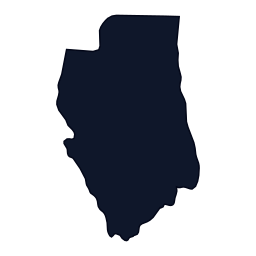 the Province of Bukidnon
{"feature_id": "PHL-2589", "entity_name": "Bukidnon", "entity_type": "Province", "adm_level": 1, "iso_a3": "PHL", "parent_name": "Philippines", "parent_adm1": "", "projection": "natural_earth1", "projection_center": [125.004, 7.993], "detail": "fine", "context": "isolated", "style": "filled", "palette": "ink", "viewbox_px": 256, "rotation_deg": 0, "n_neighbors": 0, "source": "natural_earth", "source_scale": "10m", "svg_char_len": 1810}
<svg xmlns="http://www.w3.org/2000/svg" viewBox="0 0 256 256"><path d="M164.8,16.2L179.2,16.6L176.6,44.3L178.2,53.1L177.8,59.9L178.2,66.3L180.1,73.2L181.0,77.0L180.8,80.2L180.1,83.3L179.7,86.9L180.5,91.3L184.3,99.3L185.6,103.5L186.4,121.7L187.9,127.1L193.8,142.6L195.0,148.1L195.7,154.3L196.4,157.1L198.5,163.1L199.0,165.6L199.1,168.1L198.7,175.4L197.6,181.2L195.5,186.3L192.1,189.0L190.2,188.8L185.7,187.3L183.7,186.9L181.9,187.1L180.3,187.5L178.7,187.6L176.5,186.8L176.8,191.1L176.0,194.5L174.9,197.9L174.2,202.2L173.7,203.6L172.9,204.6L171.8,205.2L170.5,205.4L169.1,205.2L165.7,204.3L164.7,204.2L164.0,204.7L163.6,205.4L163.3,206.2L163.0,206.8L162.9,206.8L161.6,207.5L160.3,208.0L160.1,207.6L153.1,217.3L149.9,220.1L147.1,221.7L141.8,223.8L139.8,225.4L139.1,227.2L138.4,232.1L137.3,234.1L135.5,234.9L133.5,235.6L133.1,236.3L129.6,237.4L128.6,238.6L127.9,239.9L126.7,240.6L124.9,240.3L122.2,238.3L120.1,235.2L116.8,233.9L115.6,233.6L114.4,233.9L113.1,235.5L111.5,236.9L109.9,235.8L108.7,233.6L108.0,231.8L107.6,229.8L107.2,222.7L106.2,218.0L105.5,215.7L104.5,213.6L102.9,211.7L101.3,210.5L99.9,209.1L98.4,206.6L98.0,204.9L97.5,201.2L96.9,199.3L96.2,197.8L95.2,196.6L94.1,195.5L90.7,193.0L90.0,191.8L89.6,190.5L88.7,188.4L86.8,185.2L86.4,183.9L85.5,178.7L80.2,168.5L73.2,158.3L72.1,157.6L69.5,156.6L68.4,155.5L67.7,153.7L67.5,151.8L67.4,150.0L67.1,148.5L64.1,143.5L64.1,141.3L65.7,140.1L67.0,139.0L69.3,138.9L72.0,139.3L74.1,138.4L74.8,134.2L74.0,131.8L72.2,129.4L68.1,125.3L65.9,119.8L58.9,110.2L56.9,104.5L57.0,101.1L58.7,95.2L59.2,92.1L59.0,90.1L58.4,87.8L58.2,85.2L58.9,82.4L61.8,74.3L66.6,49.5L93.1,51.5L98.9,49.8L98.9,49.7L100.1,46.0L99.6,30.5L100.9,27.0L103.0,23.6L105.5,20.6L107.9,18.3L108.0,18.3L112.0,16.1L116.4,15.4L164.8,16.2L164.8,16.2Z" fill="#0f172a" stroke="#020617" stroke-width="1.5"/></svg>